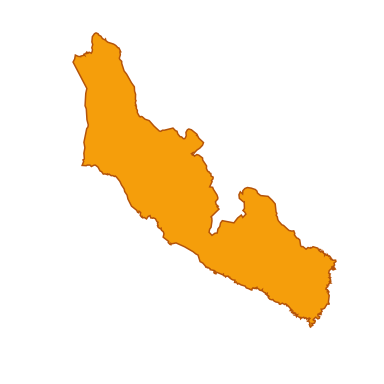 Songea, Ruvuma, United Republic of Tanzania, rotated 313°
{"feature_id": "72390352B68324313293973", "entity_name": "Songea", "entity_type": "district", "adm_level": 2, "iso_a3": "TZA", "parent_name": "United Republic of Tanzania", "parent_adm1": "Ruvuma", "projection": "natural_earth1", "projection_center": [35.48, -10.415], "detail": "fine", "context": "isolated", "style": "filled", "palette": "amber", "viewbox_px": 384, "rotation_deg": 313, "n_neighbors": 0, "source": "geoboundaries", "source_scale": "gbopen_adm2", "svg_char_len": 6089}
<svg xmlns="http://www.w3.org/2000/svg" viewBox="0 0 384 384"><g transform="rotate(313 192 192)"><path d="M191.6,47.1L182.1,55.0L180.7,58.0L173.2,65.9L170.4,70.3L168.7,71.5L166.5,71.8L154.6,79.1L151.3,83.5L146.6,86.5L143.1,90.4L142.3,90.8L141.1,90.4L140.5,91.9L136.5,93.5L139.1,96.7L140.2,97.0L142.1,99.0L142.0,101.0L144.9,102.1L145.8,103.1L146.1,106.3L144.7,110.4L145.2,112.0L144.6,114.9L146.0,116.1L146.6,117.5L147.5,117.7L147.2,118.7L148.5,119.1L148.8,121.7L150.0,122.9L150.5,124.7L151.3,125.0L151.4,126.6L150.6,132.0L149.1,135.6L148.0,140.2L146.4,142.5L145.4,146.7L143.2,149.9L140.4,157.4L140.9,164.0L140.1,165.9L140.4,167.1L141.8,166.4L142.0,168.4L139.6,170.1L139.3,172.2L140.0,172.2L139.5,173.6L140.8,174.5L141.3,177.1L144.2,176.6L146.1,177.4L144.9,179.4L146.1,181.2L146.7,181.3L147.5,183.4L146.4,186.7L146.7,187.8L145.5,188.2L144.3,190.1L143.8,189.8L143.1,191.4L143.5,194.0L144.4,194.1L143.2,195.8L143.4,198.0L142.3,200.0L139.3,201.7L139.9,208.6L138.8,209.1L138.7,211.7L139.1,212.5L140.0,211.8L140.0,212.3L143.9,215.1L146.9,224.0L149.1,233.6L149.3,236.9L150.0,239.4L146.6,245.4L147.4,248.2L147.0,252.1L146.5,253.4L147.2,253.9L147.0,254.9L147.7,255.2L148.2,257.7L147.6,258.3L149.7,261.7L149.9,263.2L149.7,263.9L148.9,262.3L147.9,263.1L147.9,264.0L148.5,265.3L150.0,264.7L150.4,265.4L152.4,270.8L153.3,271.0L152.4,272.0L153.0,273.5L152.8,274.5L153.7,274.5L155.1,275.8L154.8,276.7L155.4,277.9L154.9,278.4L155.1,280.1L155.5,281.7L156.8,283.6L154.9,284.8L155.6,285.7L156.3,285.8L155.8,288.2L157.0,288.6L157.5,291.2L159.4,295.0L158.9,297.1L160.2,300.0L160.5,301.4L160.0,301.6L160.7,301.6L161.3,303.2L161.4,302.0L163.6,302.0L163.8,303.2L164.5,303.9L164.9,303.7L165.1,304.9L165.8,304.8L165.8,304.3L166.6,304.5L166.1,305.4L166.6,307.2L166.3,308.1L167.1,309.9L168.5,310.0L167.6,310.6L167.9,313.7L168.4,314.5L167.5,315.4L167.9,316.2L169.0,316.3L167.6,317.4L168.3,318.8L168.1,319.4L167.4,319.1L166.8,320.0L166.7,322.2L167.7,324.1L168.5,324.4L168.2,326.2L168.7,328.2L170.3,330.9L169.6,332.2L169.9,333.0L172.3,333.9L172.9,336.4L174.0,336.7L174.3,338.0L173.8,338.0L173.4,339.1L174.3,339.8L173.9,343.6L173.5,343.9L173.9,344.9L172.3,344.8L173.6,346.7L171.9,347.1L172.4,347.9L172.0,349.2L172.9,349.7L173.4,348.9L174.0,350.5L173.4,351.4L172.4,351.3L174.0,352.6L172.5,352.5L172.1,353.4L173.1,353.2L173.7,356.6L174.4,357.0L173.5,357.9L174.7,358.0L176.6,359.2L176.3,360.4L177.7,361.0L177.3,362.5L177.8,362.2L178.4,363.4L179.6,363.6L179.2,364.2L179.6,364.5L176.6,364.8L177.1,365.2L176.9,366.7L175.7,368.4L175.1,368.2L174.0,370.3L174.1,370.9L175.4,370.6L176.8,371.3L177.5,369.6L177.8,370.3L178.2,370.0L179.7,371.0L181.6,370.2L182.0,369.6L180.9,368.4L181.4,367.6L184.8,367.9L185.0,370.6L186.6,371.2L188.1,370.2L187.3,368.8L188.2,367.6L188.7,367.5L189.6,368.7L189.5,367.9L190.2,367.9L191.1,369.4L191.7,368.4L193.3,368.6L194.4,366.4L195.4,367.4L197.4,368.2L202.2,367.2L203.4,368.7L204.0,368.3L204.3,367.0L209.9,362.9L210.7,360.7L212.3,360.3L212.6,359.2L211.5,358.9L212.9,357.7L212.3,356.1L213.7,355.5L215.4,355.9L215.9,354.4L217.2,355.4L218.0,354.7L219.3,354.8L220.0,355.5L220.0,353.6L220.6,353.5L220.7,354.8L221.0,354.7L222.5,352.9L222.6,351.7L223.7,351.8L223.2,350.5L224.0,350.7L224.9,349.9L224.9,349.1L226.3,349.0L225.9,347.3L227.8,346.1L230.1,346.0L230.8,346.6L232.4,345.6L232.4,346.3L231.3,347.0L231.2,348.3L233.0,349.2L232.7,347.9L233.6,348.3L233.5,347.0L234.4,346.5L233.9,345.9L233.2,346.2L233.3,345.8L235.8,346.1L236.9,344.3L239.3,344.7L240.1,343.5L238.1,341.5L238.3,339.8L237.5,339.8L237.8,338.2L238.7,338.2L239.0,336.2L238.2,335.9L238.5,333.9L238.1,334.3L237.4,333.4L237.5,331.8L236.5,332.0L237.3,331.3L236.9,330.3L237.9,328.6L237.0,328.5L237.5,327.4L236.8,327.7L236.1,327.1L236.7,326.8L236.0,326.4L235.8,324.8L237.3,324.9L236.3,323.4L236.7,322.2L234.5,317.8L232.7,317.5L232.3,316.7L231.7,316.9L230.5,314.7L228.0,314.4L227.7,310.3L226.7,309.3L226.8,308.1L230.4,303.5L230.4,301.3L229.8,299.8L230.5,296.2L231.8,295.4L233.0,292.9L231.5,291.7L230.0,289.1L230.0,281.8L229.3,280.1L229.8,275.2L230.4,273.4L232.0,271.4L232.4,269.5L234.3,268.6L234.7,267.1L240.0,261.0L240.6,256.4L240.7,250.6L236.2,244.6L235.9,240.7L237.0,238.7L237.0,236.6L235.3,232.8L233.1,229.5L230.7,228.3L227.7,228.3L225.1,230.3L225.1,227.2L222.0,228.2L219.6,231.0L219.9,236.6L220.4,236.9L215.7,241.6L213.2,241.9L213.3,244.1L212.6,246.5L208.0,246.5L208.8,243.8L204.1,243.1L198.0,243.7L191.7,233.7L188.8,234.0L185.7,235.9L182.6,236.2L179.2,238.4L177.5,236.9L173.9,236.2L174.2,231.9L176.8,230.3L179.2,230.0L184.5,226.3L186.6,224.1L186.7,222.9L197.9,223.4L198.3,220.4L199.4,220.8L199.4,218.1L200.9,215.8L204.5,215.6L205.6,214.6L206.9,212.2L208.5,206.0L209.5,203.9L207.8,201.4L213.3,199.6L213.5,198.5L215.9,198.4L217.3,197.3L216.7,195.1L218.4,193.1L217.9,191.8L218.4,190.8L217.9,189.7L218.3,188.2L219.1,186.4L221.0,184.9L222.6,178.1L224.1,176.5L223.6,171.8L222.7,170.0L219.9,169.3L220.1,168.5L219.5,167.3L220.6,167.2L219.7,166.6L219.6,165.5L221.8,165.9L222.8,167.0L226.1,167.0L229.5,167.8L233.4,167.8L236.0,166.7L236.0,160.4L236.8,158.1L236.6,156.9L237.3,157.0L237.6,156.1L237.1,149.1L235.9,146.7L234.4,146.2L231.5,146.9L229.2,149.4L227.4,150.1L226.1,150.3L225.1,149.3L225.2,146.8L224.3,145.5L224.8,142.0L226.2,139.6L225.6,138.1L225.8,134.5L218.4,129.7L217.1,128.3L215.1,127.8L214.3,126.5L214.3,119.2L215.0,112.0L213.2,108.0L213.1,104.3L212.5,103.2L211.6,102.9L211.5,101.7L212.8,97.8L214.4,96.4L215.2,94.1L216.4,93.3L216.7,91.7L217.5,91.9L217.7,90.9L218.9,89.5L220.7,88.7L221.0,87.6L225.0,84.1L226.6,81.2L229.6,78.1L230.6,73.2L233.6,63.8L234.2,59.8L238.1,52.9L239.6,51.5L239.7,48.8L240.3,47.6L243.5,46.0L245.2,43.8L245.9,44.3L247.0,41.6L247.5,40.2L247.0,39.4L247.2,36.3L246.7,33.8L244.1,28.2L244.0,25.7L244.8,24.5L243.9,24.6L243.1,21.9L243.8,19.3L243.2,16.4L243.7,15.4L242.9,13.3L241.3,12.7L237.6,13.2L233.5,16.4L232.1,18.9L229.1,20.4L228.4,21.9L226.9,23.1L224.8,23.7L224.2,21.7L223.0,21.4L223.1,20.8L222.3,20.9L222.4,19.7L221.1,20.2L220.8,19.5L219.1,19.4L218.8,20.1L218.7,19.2L218.1,19.6L215.5,18.0L215.1,18.3L213.5,16.2L212.6,13.3L209.2,15.5L205.9,16.4L196.0,44.5L191.6,47.1Z" fill="#f59e0b" stroke="#b45309" stroke-width="1.5"/></g></svg>